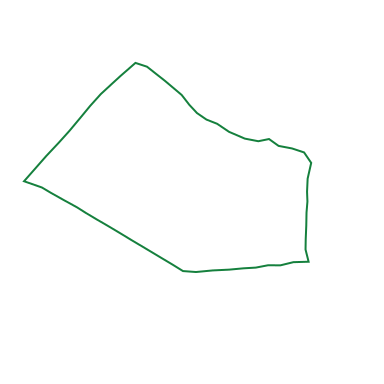 São João de Meriti, Rio de Janeiro, Brazil, rotated 222°
{"feature_id": "56859067B99061822733599", "entity_name": "São João de Meriti", "entity_type": "district", "adm_level": 2, "iso_a3": "BRA", "parent_name": "Brazil", "parent_adm1": "Rio de Janeiro", "projection": "orthographic", "projection_center": [-43.368, -22.785], "detail": "fine", "context": "isolated", "style": "outline", "palette": "green", "viewbox_px": 384, "rotation_deg": 222, "n_neighbors": 0, "source": "geoboundaries", "source_scale": "gbopen_adm2", "svg_char_len": 825}
<svg xmlns="http://www.w3.org/2000/svg" viewBox="0 0 384 384"><g transform="rotate(222 192 192)"><path d="M102.7,169.7L94.0,178.5L86.5,188.4L77.2,196.7L69.7,207.7L58.7,218.2L69.1,225.2L75.9,233.0L84.6,243.5L93.1,253.3L99.8,262.1L106.7,269.2L115.0,279.3L122.9,293.4L135.2,296.4L146.8,291.3L158.5,284.2L170.2,282.9L176.7,274.1L188.5,267.0L204.7,261.5L219.0,259.5L229.7,255.5L241.1,254.0L252.4,255.0L264.6,257.2L286.4,256.5L298.4,255.7L309.3,255.0L320.4,250.1L322.8,230.2L323.9,218.8L325.3,203.8L325.3,187.9L324.6,171.9L324.0,155.3L324.0,139.5L324.4,121.2L324.0,87.6L306.6,94.9L296.1,97.0L281.9,100.2L267.0,103.7L256.9,105.4L244.3,107.9L231.0,110.7L216.8,113.5L205.1,115.7L186.0,119.5L170.7,122.5L157.5,125.1L145.8,127.2L135.5,135.2L124.1,147.6L112.4,159.2L102.7,169.7Z" fill="none" stroke="#15803d" stroke-width="2"/></g></svg>